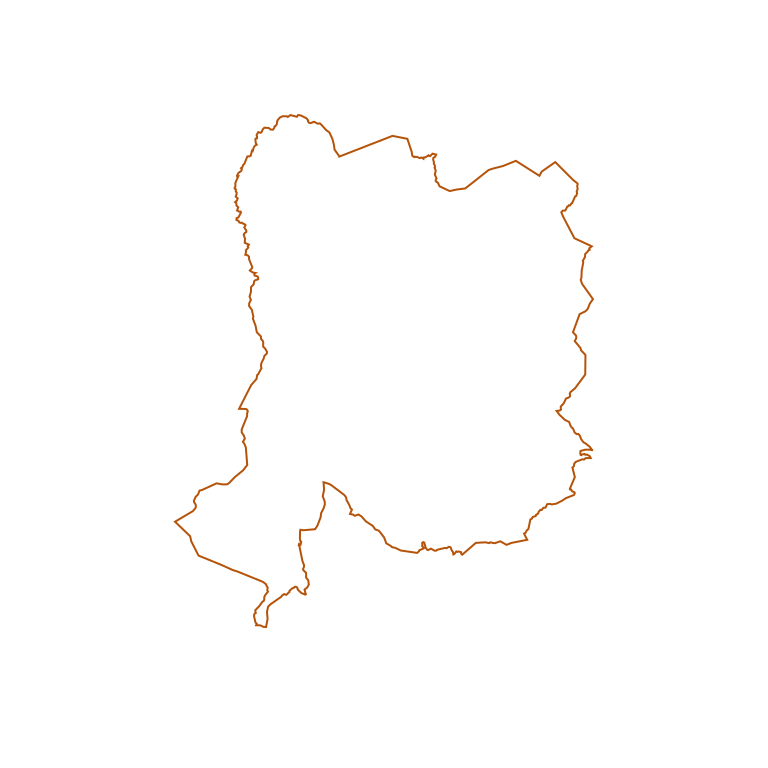 Tancítaro, Michoacán, Mexico (Albers equal-area conic projection), rotated 204°
{"feature_id": "50627088B20425370342224", "entity_name": "Tancítaro", "entity_type": "district", "adm_level": 2, "iso_a3": "MEX", "parent_name": "Mexico", "parent_adm1": "Michoacán", "projection": "albers", "projection_center": [-102.327, 19.354], "detail": "fine", "context": "isolated", "style": "outline", "palette": "amber", "viewbox_px": 768, "rotation_deg": 204, "n_neighbors": 0, "source": "geoboundaries", "source_scale": "gbopen_adm2", "svg_char_len": 6166}
<svg xmlns="http://www.w3.org/2000/svg" viewBox="0 0 768 768"><g transform="rotate(204 384 384)"><path d="M572.2,592.7L578.9,591.6L580.5,588.8L581.5,589.1L585.6,587.3L587.5,585.1L588.6,581.4L587.6,577.7L588.0,575.7L588.8,574.7L588.4,573.8L588.8,571.2L591.3,570.3L593.3,571.0L597.5,569.5L598.3,567.5L598.3,564.0L599.2,563.2L601.3,563.0L601.7,559.7L600.6,558.4L599.9,556.8L601.0,556.1L601.1,555.3L599.1,551.9L597.6,550.9L598.9,549.1L599.2,547.3L598.7,543.4L599.5,543.5L598.6,538.3L599.2,537.5L601.4,536.3L601.1,528.3L601.7,527.0L601.6,524.6L602.4,523.0L601.2,522.5L601.1,520.5L602.8,517.7L603.0,514.3L602.4,513.8L601.6,514.4L601.6,507.3L600.1,504.0L600.2,502.3L599.9,501.8L598.5,501.6L597.7,499.6L596.4,498.9L595.9,497.6L595.7,494.9L593.1,494.0L593.0,491.8L594.0,489.6L592.6,489.3L591.3,487.0L589.0,486.1L588.8,482.7L586.2,482.6L585.1,483.2L584.4,482.5L584.7,477.7L584.8,476.8L586.1,475.8L585.8,474.3L585.4,473.8L583.3,473.9L582.0,472.8L580.7,472.8L579.4,473.6L578.5,473.2L576.3,473.3L575.1,472.8L575.3,470.1L572.3,468.3L571.6,466.9L572.8,464.9L572.8,463.2L570.1,460.2L568.6,456.3L564.1,456.4L564.5,454.3L563.6,453.7L563.7,452.6L564.6,449.9L563.7,448.5L563.3,445.7L561.0,446.1L559.2,445.5L558.0,443.1L551.9,437.2L551.6,436.6L552.7,433.1L549.4,432.5L546.7,433.1L547.4,432.2L546.5,430.5L543.1,430.8L542.1,429.8L541.6,428.5L544.0,426.2L544.4,424.9L543.6,422.1L544.8,418.8L544.7,417.9L543.0,414.0L542.4,409.2L539.8,406.7L540.0,403.0L539.0,400.4L535.0,398.1L530.8,392.5L530.3,390.3L525.2,385.2L521.2,379.5L515.8,377.4L514.5,375.0L512.6,374.3L511.3,373.0L509.6,369.0L507.1,368.1L504.0,365.8L503.4,364.2L504.7,361.2L504.3,358.3L504.5,353.3L503.9,350.7L502.4,348.6L502.9,341.7L503.5,340.5L502.5,336.8L504.9,329.1L506.3,302.4L500.0,305.0L498.9,304.9L497.4,303.9L497.0,301.0L496.0,299.1L495.5,284.6L495.0,283.5L494.3,281.9L491.1,279.9L488.9,277.5L489.4,273.8L487.7,272.9L484.5,270.0L476.0,254.4L477.6,247.8L482.3,238.6L485.1,230.9L486.4,228.6L490.9,226.5L496.5,225.2L507.2,213.1L509.1,211.7L509.0,207.3L510.2,204.2L510.2,200.0L509.4,198.8L507.0,197.3L505.9,195.2L505.8,193.7L506.9,190.1L518.9,173.2L499.2,166.1L496.1,161.9L483.6,151.8L458.4,152.6L446.8,152.5L441.3,153.1L414.0,154.0L410.1,153.0L409.7,152.2L407.5,150.8L406.8,148.1L405.5,147.1L406.6,143.4L406.7,140.4L405.7,138.5L405.7,136.7L406.5,135.7L407.6,130.4L409.6,124.9L408.0,122.6L408.9,121.6L408.4,119.2L404.4,113.8L402.7,113.2L402.7,111.6L398.9,113.2L395.5,113.1L392.9,114.0L394.8,122.0L398.3,128.4L399.3,133.6L398.1,136.6L391.3,147.9L391.1,149.4L389.7,151.5L387.7,151.5L387.3,152.2L385.8,155.7L386.2,156.5L384.8,159.9L383.4,161.2L383.1,162.4L382.1,162.9L380.4,162.7L379.1,161.1L374.4,159.4L371.9,159.5L371.3,160.0L370.4,159.5L369.9,160.1L373.0,163.9L371.4,166.8L371.1,170.1L373.2,173.7L376.4,175.5L378.4,179.8L382.1,181.2L382.6,181.9L382.8,184.8L383.3,185.9L386.5,189.1L395.5,201.7L396.3,201.9L396.5,203.5L394.9,203.3L395.5,206.3L396.4,206.4L397.8,208.2L400.8,215.4L401.1,216.8L398.4,217.5L387.9,223.3L387.2,227.5L387.7,236.5L388.9,240.3L388.6,246.3L389.1,250.0L390.4,252.6L394.3,256.5L395.7,263.0L399.3,269.7L393.6,270.4L391.3,270.2L374.9,266.4L372.3,264.8L371.2,262.9L366.8,259.6L363.9,256.8L362.2,256.3L362.2,251.4L359.2,252.1L357.1,251.7L354.2,254.4L350.8,253.9L344.6,251.1L336.5,249.8L332.9,247.6L329.2,247.9L327.6,247.2L321.4,243.8L317.1,239.4L311.9,238.8L310.4,238.2L307.1,238.9L301.0,238.7L285.0,243.2L284.0,245.4L284.1,246.5L280.9,249.9L281.0,250.5L283.3,251.5L283.4,252.5L284.5,254.2L283.9,255.5L282.7,255.5L279.2,251.2L276.9,250.1L276.2,250.2L274.1,252.7L270.0,252.3L268.6,252.9L268.1,254.0L266.2,255.6L261.6,259.0L259.9,259.5L258.7,261.5L257.9,261.9L256.6,261.8L254.4,259.5L252.8,258.7L251.3,256.5L250.6,257.3L249.8,260.5L248.6,260.5L247.6,261.4L245.1,261.7L244.5,260.4L243.1,259.9L235.5,276.2L227.0,280.6L223.3,281.4L222.4,282.7L219.5,283.1L217.8,283.8L213.8,287.6L206.6,286.9L202.9,290.7L189.8,299.9L195.2,304.3L194.1,305.9L194.1,308.2L193.1,310.2L195.2,319.8L194.2,321.0L194.1,322.9L191.7,325.1L191.9,326.2L190.5,328.4L190.7,330.1L190.0,332.6L188.7,333.0L188.3,335.2L187.6,336.1L186.2,336.7L186.1,340.5L183.6,342.0L181.8,342.2L177.8,344.9L173.8,349.9L171.4,353.7L165.4,359.8L165.2,361.5L165.8,362.5L168.6,362.5L170.1,363.7L171.2,363.3L171.6,363.8L171.8,376.6L177.9,384.3L177.1,386.0L177.8,388.5L177.2,390.8L172.2,395.9L170.7,396.2L169.5,398.4L165.0,400.4L166.6,401.7L169.7,402.1L171.4,401.2L172.3,401.7L174.5,400.1L174.7,399.3L175.5,399.2L176.6,400.6L177.2,402.8L173.5,405.8L169.1,407.8L166.2,408.3L167.6,408.6L170.4,410.3L175.8,411.7L178.2,411.9L181.6,413.9L183.9,416.3L186.1,417.4L187.6,416.6L190.0,417.2L193.4,420.3L194.7,420.5L196.7,421.8L199.4,424.6L204.2,424.8L211.3,427.3L215.3,429.6L212.9,431.1L211.9,432.5L213.4,435.3L212.0,439.2L211.8,444.8L209.9,446.6L209.1,448.1L209.2,449.0L210.4,450.7L210.4,452.3L207.7,457.9L204.0,474.5L211.8,492.5L217.8,495.0L219.0,496.7L227.2,500.8L227.0,503.8L227.8,505.8L228.6,506.5L232.4,508.1L233.7,527.4L229.6,532.3L228.4,535.5L228.7,541.2L227.6,546.5L243.7,556.0L246.7,559.2L246.8,561.2L249.5,568.0L251.4,576.1L252.5,577.4L252.0,581.7L253.1,584.6L251.8,587.8L251.8,588.9L250.7,590.2L251.7,591.4L250.2,594.3L269.3,594.6L288.5,609.8L291.9,613.0L291.3,615.0L288.9,616.3L288.7,620.7L288.0,621.3L287.9,622.4L286.8,622.7L286.1,625.5L285.7,625.7L285.7,633.0L284.9,634.0L285.2,636.8L286.3,638.3L286.4,640.9L288.1,643.5L288.3,645.4L289.1,646.0L294.2,647.3L317.8,656.4L326.3,642.2L326.7,637.4L354.3,641.5L364.1,631.4L372.1,625.1L375.4,622.1L389.3,595.7L396.9,591.1L402.4,587.0L413.6,587.2L416.6,589.8L419.1,590.2L419.7,591.2L419.6,593.1L422.8,596.1L423.4,599.7L425.8,602.3L425.6,603.0L426.8,604.7L428.0,605.4L428.6,606.9L430.4,609.1L430.9,610.6L429.7,612.5L429.7,614.8L433.3,614.2L434.5,611.0L435.5,610.7L436.3,611.1L438.2,608.1L439.8,607.1L439.5,605.8L441.8,606.2L443.2,604.9L445.6,604.9L448.3,604.2L448.4,603.7L450.2,603.7L451.3,604.4L453.0,607.2L462.4,617.5L477.2,614.1L517.4,573.5L518.4,574.4L524.5,578.0L527.0,582.1L531.0,587.1L536.2,591.6L540.3,592.5L546.2,595.2L548.7,596.0L550.2,594.9L554.6,595.1L557.1,592.5L558.9,592.2L560.3,593.1L560.6,594.0L563.0,595.2L568.9,595.5L571.5,595.0L572.0,594.5L572.2,592.7Z" fill="none" stroke="#b45309" stroke-width="2"/></g></svg>